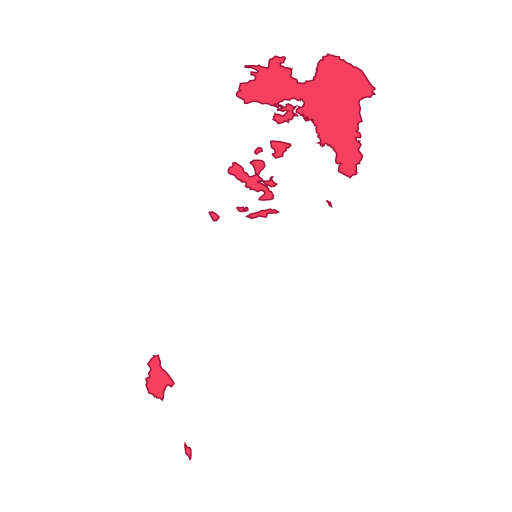 outline of Attikis, Attiki, Greece, rotated 12°
{"feature_id": "26713481B5850386890635", "entity_name": "Attikis", "entity_type": "district", "adm_level": 2, "iso_a3": "GRC", "parent_name": "Greece", "parent_adm1": "Attiki", "projection": "robinson", "projection_center": [23.511, 37.081], "detail": "fine", "context": "isolated", "style": "filled", "palette": "rose", "viewbox_px": 512, "rotation_deg": 12, "n_neighbors": 0, "source": "geoboundaries", "source_scale": "gbopen_adm2", "svg_char_len": 6061}
<svg xmlns="http://www.w3.org/2000/svg" viewBox="0 0 512 512"><g transform="rotate(12 256 256)"><path d="M205.9,72.4L205.7,73.2L206.5,73.4L209.5,73.3L210.9,72.5L214.6,73.0L219.2,74.3L219.6,75.3L218.8,76.5L213.1,77.0L213.4,79.7L216.8,79.6L218.6,81.3L218.3,84.1L213.2,86.2L211.9,88.4L204.7,90.6L205.1,91.7L204.5,95.9L206.6,97.5L204.2,98.6L203.1,101.7L204.3,103.5L212.2,106.1L213.3,109.0L215.6,108.5L220.2,105.5L226.0,104.6L230.4,105.8L233.7,104.7L237.7,104.6L239.2,105.4L242.5,105.2L246.7,106.1L246.4,105.3L242.2,104.2L242.9,103.4L246.2,102.7L246.5,100.8L249.5,99.0L251.1,96.9L256.8,96.4L257.8,94.5L259.7,94.3L260.8,93.4L264.5,95.2L266.0,94.0L267.0,94.6L267.2,93.1L268.2,93.2L271.4,96.0L271.6,98.0L270.7,98.8L271.4,99.2L269.6,101.4L266.7,101.0L267.8,102.0L265.2,104.2L265.5,106.8L268.6,107.4L270.4,109.0L271.2,109.0L271.4,107.9L272.6,107.4L272.2,107.8L273.5,108.2L272.5,109.3L272.8,109.7L275.1,110.6L276.4,110.7L276.9,109.5L277.6,109.5L277.4,111.0L274.7,111.6L276.4,113.3L277.7,113.1L279.2,112.3L278.3,112.3L278.4,111.2L279.7,111.7L281.5,111.5L282.1,110.4L283.2,110.6L284.1,111.7L283.5,112.9L283.0,112.7L282.8,112.0L282.8,111.9L282.7,111.9L283.0,112.8L285.8,114.8L286.0,115.7L286.2,115.3L287.7,116.2L288.3,117.2L288.2,119.1L289.1,119.9L289.1,121.8L292.6,124.6L291.5,125.9L295.3,128.9L295.2,131.3L293.5,132.4L295.3,132.3L295.9,133.8L296.2,132.6L296.9,132.5L298.1,135.1L299.4,134.0L300.2,131.4L301.7,131.2L303.4,133.0L304.2,132.9L304.4,132.1L305.5,132.2L306.1,133.3L309.2,134.6L309.4,135.4L313.7,139.0L314.1,145.9L314.9,148.1L316.7,148.8L318.9,147.2L320.0,148.0L318.6,150.4L319.0,155.7L319.5,156.2L331.9,159.6L333.4,156.9L336.8,155.4L337.4,154.4L337.5,153.5L335.4,152.3L336.3,152.0L336.4,150.7L334.9,146.1L336.5,144.3L338.1,144.1L337.7,141.9L338.7,140.3L339.4,135.9L334.0,131.0L335.5,125.0L333.4,123.8L333.7,122.0L332.6,122.1L332.5,123.0L330.8,122.7L328.9,119.8L329.9,119.0L333.4,118.5L333.7,117.1L331.9,114.2L328.3,113.2L329.8,110.8L328.3,106.7L328.7,104.1L331.7,102.1L327.5,94.7L327.3,89.6L325.1,86.0L324.7,83.4L325.5,81.5L328.7,78.8L332.0,77.0L335.1,76.9L336.0,73.9L338.5,73.1L337.8,72.2L336.5,72.0L335.5,70.3L336.3,68.6L337.6,68.5L337.4,67.1L334.6,66.0L331.6,63.5L320.9,52.8L314.4,50.5L312.5,51.1L309.0,48.8L304.5,48.2L300.7,46.0L297.8,46.6L295.9,43.9L291.3,44.4L289.3,43.7L287.5,44.3L284.3,43.4L283.5,46.2L280.7,46.7L280.0,47.8L280.8,50.2L278.5,50.8L276.6,54.7L276.9,56.9L276.2,60.3L277.1,60.4L276.5,61.9L277.4,62.7L276.3,65.4L277.2,66.9L275.3,69.3L275.6,71.2L276.2,71.5L271.7,74.0L268.9,74.4L268.1,76.4L265.9,77.5L260.1,78.0L260.1,76.3L258.9,74.9L255.4,74.5L252.5,73.1L252.3,71.7L252.9,70.6L252.0,66.8L252.3,65.6L250.5,66.2L249.9,66.1L250.0,65.4L246.7,65.5L245.2,66.1L243.0,64.8L240.4,64.8L239.8,62.3L242.7,61.0L242.6,59.6L243.3,58.0L243.4,55.9L241.6,55.4L238.5,57.0L233.4,56.5L231.1,59.8L228.9,60.5L228.4,62.0L229.1,68.2L228.2,69.7L221.7,69.8L219.2,68.8L217.8,70.1L213.8,70.3L205.9,72.4ZM184.5,379.7L180.7,373.3L179.3,374.7L176.6,375.0L177.1,376.2L174.8,378.6L174.3,380.8L172.6,384.0L176.0,387.3L176.8,389.5L175.5,392.4L175.7,393.9L177.2,396.2L177.0,397.1L175.6,397.3L173.8,399.2L175.9,402.6L175.2,405.0L179.9,412.2L184.0,412.8L186.2,414.8L187.5,413.9L188.4,415.4L191.1,414.7L194.3,416.4L194.8,413.2L193.9,408.3L195.3,401.6L197.5,400.2L200.3,401.5L202.2,398.2L202.0,397.1L194.8,390.3L189.7,386.8L188.3,386.6L185.9,384.2L184.8,382.6L184.5,379.7ZM247.3,200.2L250.8,199.9L258.3,197.8L260.8,196.2L259.9,195.1L260.7,193.4L257.5,189.9L254.8,189.4L254.6,187.8L249.8,185.0L244.0,183.4L244.5,183.7L242.6,183.7L242.4,182.2L245.2,181.8L246.4,180.8L246.3,180.1L239.5,175.7L241.9,175.0L242.6,171.8L244.7,169.3L246.0,166.2L244.1,162.5L241.6,161.5L236.6,162.2L233.3,163.1L233.0,164.3L231.0,165.5L231.0,166.3L233.7,167.2L236.6,170.9L239.1,176.7L234.4,179.7L232.3,179.6L230.4,177.2L226.8,176.3L224.9,173.0L222.3,171.4L216.1,168.9L214.0,170.1L214.7,171.8L214.3,173.5L212.0,174.8L211.0,177.7L211.4,179.4L212.7,181.0L218.7,181.5L219.5,182.9L223.1,185.0L226.1,184.9L225.8,186.0L226.3,186.4L230.3,185.8L231.5,187.1L231.3,190.2L233.6,190.7L235.7,189.9L236.6,192.2L238.9,191.3L244.6,192.6L247.1,190.5L251.5,191.5L251.3,194.0L247.4,198.8L247.3,200.2ZM261.8,102.8L260.3,101.6L256.5,100.5L254.1,101.5L254.7,103.2L254.0,104.2L252.0,104.6L249.2,103.3L246.5,103.6L246.3,104.5L251.0,105.5L249.8,107.0L246.5,107.9L247.1,109.0L248.6,108.3L252.3,108.9L254.6,107.3L257.4,107.6L253.5,113.6L248.0,112.8L246.0,113.4L245.0,112.7L245.2,114.7L244.3,115.8L245.1,117.5L244.3,118.8L248.7,120.2L250.1,121.9L254.7,119.6L256.4,117.6L260.0,118.3L259.5,115.6L262.1,115.4L263.1,113.8L263.4,110.8L268.3,110.0L263.1,109.6L264.9,108.8L262.1,108.2L261.4,107.0L263.8,101.5L261.8,102.8ZM256.0,139.2L247.3,140.3L246.4,141.1L248.0,143.9L248.0,144.0L247.7,143.9L247.7,144.1L248.7,146.6L252.0,148.0L252.6,148.9L253.5,151.6L250.9,152.8L251.2,153.6L254.9,156.0L261.4,152.7L260.9,149.8L261.8,148.0L263.5,146.7L262.8,144.2L265.6,143.1L266.9,140.7L266.6,139.6L256.0,139.2ZM268.8,208.2L264.4,206.9L262.7,208.0L260.3,207.1L255.7,209.5L252.6,210.2L249.0,212.9L241.7,216.4L240.2,218.3L238.6,219.1L240.1,219.6L242.5,219.2L243.2,220.2L248.2,218.1L250.4,216.2L257.7,215.9L258.1,215.4L258.2,211.8L266.9,209.6L268.8,208.2ZM261.3,181.4L258.5,180.6L255.7,178.3L255.1,176.5L255.8,175.1L255.4,175.1L254.0,176.3L254.0,179.3L250.2,181.0L247.4,180.8L247.4,181.7L250.7,183.7L252.2,185.9L252.7,185.6L252.1,184.2L253.0,183.8L256.7,185.1L259.4,183.9L261.3,181.4ZM207.4,222.9L203.9,221.9L203.1,223.0L201.9,222.7L201.2,223.3L206.9,230.1L209.7,229.8L211.7,226.5L211.6,225.4L207.4,222.9ZM228.5,457.6L225.7,454.4L225.8,456.2L228.5,463.5L232.3,466.2L233.6,468.6L234.1,467.8L233.7,463.8L232.4,458.9L230.9,457.2L228.5,457.6ZM238.6,212.3L237.2,210.5L236.0,210.4L235.8,212.1L234.9,213.1L234.3,213.1L234.3,211.6L233.2,211.0L230.3,212.3L227.7,212.2L227.4,213.0L230.0,215.4L232.5,215.5L237.7,213.7L238.6,212.3ZM239.1,149.6L235.8,149.5L234.8,150.9L233.0,153.9L233.5,155.5L235.6,156.1L237.2,153.8L240.2,152.1L239.1,149.6ZM317.7,188.3L313.2,187.1L315.8,188.8L317.0,191.0L319.5,191.9L317.7,188.3Z" fill="#f43f5e" stroke="#9f1239" stroke-width="1.5"/></g></svg>